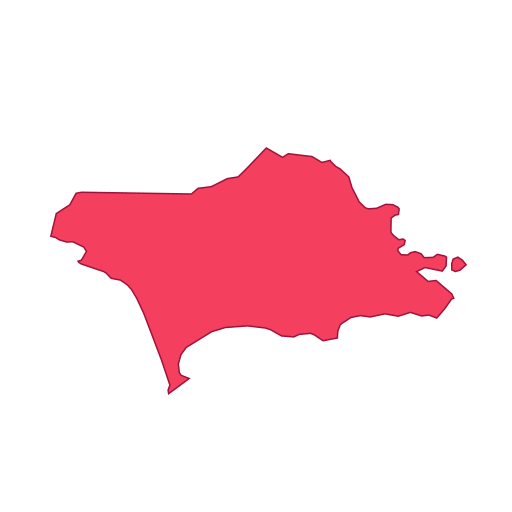 outline of Marin, California, United States of America, rotated 320°
{"feature_id": "52423323B48598289352775", "entity_name": "Marin", "entity_type": "district", "adm_level": 2, "iso_a3": "USA", "parent_name": "United States of America", "parent_adm1": "California", "projection": "mercator", "projection_center": [-122.671, 38.07], "detail": "fine", "context": "isolated", "style": "filled", "palette": "rose", "viewbox_px": 512, "rotation_deg": 320, "n_neighbors": 0, "source": "geoboundaries", "source_scale": "gbopen_adm2", "svg_char_len": 1692}
<svg xmlns="http://www.w3.org/2000/svg" viewBox="0 0 512 512"><g transform="rotate(320 256 256)"><path d="M111.5,109.0L114.4,113.1L115.7,117.2L120.0,123.7L124.7,127.2L129.8,138.4L129.1,143.5L119.5,147.0L116.4,145.6L116.1,147.0L117.1,149.9L129.3,170.0L130.2,172.5L130.7,180.0L136.7,187.4L138.8,195.0L139.1,201.5L137.5,211.6L133.0,228.3L116.8,274.8L107.0,299.7L104.6,300.9L102.4,302.3L100.6,305.3L126.1,306.9L124.9,304.8L123.1,301.4L122.0,299.2L122.3,296.0L127.1,288.8L135.1,283.3L143.9,281.2L173.5,285.5L186.6,291.1L204.6,304.1L216.9,317.2L219.8,321.9L224.2,333.7L233.0,342.3L238.9,343.9L248.0,350.3L250.0,353.9L252.9,364.0L265.6,371.1L270.2,366.3L276.1,362.9L278.0,362.8L289.2,364.1L297.7,368.8L304.3,376.1L317.6,383.2L326.3,393.6L338.0,398.4L344.4,408.5L350.4,412.3L354.6,419.7L366.8,417.7L378.0,414.7L380.3,415.5L381.6,410.9L378.2,390.5L371.5,386.1L369.0,371.2L378.1,373.5L389.0,387.3L395.2,385.8L401.2,379.4L400.7,377.5L396.0,371.3L390.8,370.9L383.8,365.4L383.9,360.3L380.7,354.9L376.5,352.8L372.9,352.8L368.0,348.3L368.0,343.2L369.8,341.5L376.9,342.6L380.2,340.0L379.6,337.5L375.9,335.4L374.5,328.5L374.5,324.9L375.4,323.6L383.9,313.8L388.8,314.1L391.8,315.8L396.0,311.9L396.0,309.6L393.7,304.5L388.6,299.8L379.1,297.0L372.4,292.1L370.7,289.3L369.8,281.0L373.5,265.2L377.9,255.2L376.4,243.3L374.7,238.8L374.0,231.5L374.3,230.4L366.6,226.7L362.8,215.8L346.5,198.4L339.8,197.5L333.3,179.9L305.2,183.0L293.1,183.9L283.8,178.3L266.2,174.1L255.1,166.9L246.4,167.0L163.4,95.1L158.5,92.3L146.3,97.1L130.3,95.1L111.5,109.0ZM397.1,392.4L398.7,396.0L403.2,398.0L411.3,397.8L411.4,391.9L409.9,386.6L405.0,385.1L401.1,387.6L397.1,392.4Z" fill="#f43f5e" stroke="#9f1239" stroke-width="1.5"/></g></svg>